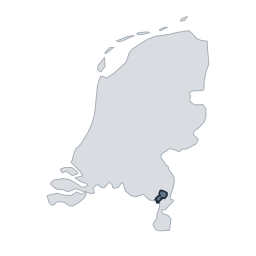 location of Leudal, Limburg, Netherlands, rotated 355°
{"feature_id": "6326949B97609854971564", "entity_name": "Leudal", "entity_type": "district", "adm_level": 2, "iso_a3": "NLD", "parent_name": "Netherlands", "parent_adm1": "Limburg", "projection": "mercator", "projection_center": [5.85, 51.234], "detail": "fine", "context": "in_parent", "style": "filled", "palette": "slate", "viewbox_px": 256, "rotation_deg": 355, "n_neighbors": 0, "source": "geoboundaries", "source_scale": "gbopen_adm2", "svg_char_len": 4972}
<svg xmlns="http://www.w3.org/2000/svg" viewBox="0 0 256 256"><g transform="rotate(355 128 128)"><path d="M160.4,233.5L155.8,233.4L151.6,233.2L149.3,232.9L146.9,231.8L145.8,229.6L144.5,226.9L144.8,225.2L148.8,220.6L149.4,219.3L149.0,218.6L149.4,216.5L152.5,209.5L152.9,206.7L151.5,204.8L149.5,203.6L143.1,201.5L140.0,198.6L138.6,196.0L137.1,195.3L135.0,196.1L129.7,197.1L125.3,195.7L120.2,190.9L119.0,186.5L118.4,183.2L117.1,182.0L115.4,183.7L113.2,186.4L108.9,186.8L107.6,186.1L107.4,184.6L107.2,183.2L106.0,181.4L104.7,180.4L99.2,185.4L97.2,185.4L94.6,183.5L93.4,181.6L90.5,182.7L88.0,185.0L88.9,189.4L87.5,190.2L84.4,189.8L80.9,188.0L77.0,186.9L71.0,183.9L62.7,186.3L56.9,183.4L52.1,183.1L49.2,180.8L45.9,176.8L48.2,174.2L50.4,173.3L59.2,172.8L65.6,174.4L77.1,183.0L80.0,182.9L83.0,181.8L81.5,179.5L78.6,178.4L74.3,176.1L70.9,172.9L78.9,171.8L77.8,170.1L76.8,167.3L68.3,157.3L69.8,154.6L71.9,148.7L74.5,143.9L76.6,142.6L80.1,139.2L87.6,129.1L92.4,120.8L96.0,111.0L101.2,83.8L102.8,79.1L105.3,74.0L108.5,74.9L110.7,76.4L118.4,72.5L131.8,62.4L135.7,53.5L139.6,49.4L155.0,41.4L163.5,39.0L176.6,38.4L186.0,37.0L197.4,36.4L201.7,41.4L204.2,45.0L208.2,47.0L214.5,48.4L214.1,55.6L214.2,69.6L213.7,72.1L210.9,78.0L207.9,88.6L207.1,95.5L206.2,96.9L194.3,96.8L192.6,98.0L192.4,99.5L193.0,101.3L192.7,103.1L191.8,104.5L192.3,106.8L194.3,109.4L198.1,111.0L202.1,111.1L204.2,110.9L205.7,112.7L207.2,115.6L207.1,119.2L206.5,124.0L204.6,128.4L199.1,133.5L196.7,135.3L194.4,136.2L193.2,137.6L192.7,139.3L192.8,140.8L196.8,144.9L196.7,145.8L195.5,148.0L194.0,150.0L183.9,154.1L179.8,153.8L177.4,155.9L176.7,156.2L174.0,154.4L168.2,152.2L165.9,152.9L164.7,154.1L161.0,155.6L158.4,157.8L158.4,160.8L163.0,168.3L164.7,169.8L164.8,172.6L167.0,176.2L169.4,180.6L169.6,183.4L169.3,186.2L168.1,190.3L164.1,199.7L164.0,201.5L164.4,202.8L165.8,203.2L166.8,203.9L166.5,205.2L158.9,211.7L157.9,212.8L154.7,212.5L154.3,213.6L154.7,215.3L155.9,216.8L158.6,217.6L161.0,219.3L162.8,222.5L160.4,233.5ZM80.9,188.0L80.2,190.7L78.5,193.7L72.5,198.0L66.3,200.8L63.1,200.5L60.9,199.0L59.7,197.5L56.4,196.0L51.8,195.2L49.0,196.8L47.0,198.4L45.2,198.1L43.9,196.8L42.8,194.8L41.5,188.6L44.9,187.5L52.3,187.0L58.0,189.2L65.5,190.3L71.2,187.3L75.7,189.8L80.9,188.0ZM68.4,162.4L72.8,166.4L73.8,167.7L74.1,169.0L68.5,170.6L62.6,165.7L58.7,166.9L57.2,164.6L57.2,163.2L61.2,161.9L68.4,162.4ZM110.6,64.3L106.1,69.6L103.4,68.1L102.6,66.9L104.0,62.8L110.6,55.9L110.6,64.3ZM130.3,40.6L126.2,41.2L124.2,40.2L134.4,37.2L140.8,36.3L141.9,36.7L130.3,40.6ZM157.5,35.1L148.6,36.3L145.6,35.4L145.1,34.5L147.5,34.0L155.1,33.9L157.4,34.6L157.5,35.1ZM120.6,46.5L112.3,52.0L111.5,51.1L116.9,46.3L120.6,46.5ZM193.7,25.8L189.5,26.0L190.7,24.0L194.6,22.5L196.7,22.5L193.7,25.8ZM175.7,31.2L169.4,33.8L167.8,33.2L168.2,32.5L173.7,30.9L175.7,31.2Z" fill="#d9dde1" stroke="#a8b0b8" stroke-width="1"/><path d="M161.1,196.7L161.1,196.4L161.2,196.2L161.0,195.8L159.7,194.9L159.0,194.4L158.6,194.2L156.5,193.3L156.6,193.7L155.4,193.1L155.2,193.0L154.4,193.4L154.2,194.1L153.9,194.8L153.7,195.3L153.5,195.5L153.4,195.7L153.4,195.8L153.2,196.0L153.3,196.3L153.5,196.6L153.5,196.8L153.7,197.1L153.7,197.3L153.8,197.4L154.1,197.5L154.2,197.8L154.1,198.0L154.0,198.3L153.9,198.2L153.7,198.1L153.4,198.2L153.4,198.3L153.0,198.4L152.8,198.4L152.7,198.4L152.3,198.4L152.2,198.4L152.2,198.5L151.8,198.7L151.6,198.7L151.4,198.7L151.2,198.8L151.2,199.0L150.9,199.7L150.9,199.9L150.8,200.0L150.7,200.0L150.5,200.3L150.4,200.3L150.1,200.3L149.9,200.2L149.7,200.2L149.5,200.4L149.5,200.5L149.4,200.7L149.4,200.8L149.5,200.9L149.6,201.0L149.5,201.3L149.3,201.8L149.2,201.8L149.3,201.9L149.3,202.0L149.2,202.1L149.4,202.2L149.6,202.4L149.7,202.5L150.0,202.5L150.6,202.9L150.6,203.1L150.5,203.3L150.8,203.4L150.7,203.5L150.4,203.6L150.3,204.0L150.4,203.9L150.5,203.9L150.5,204.0L150.5,203.9L150.6,204.0L150.8,204.2L150.7,204.2L150.7,204.3L150.6,204.6L150.7,204.9L150.8,204.8L151.0,204.8L151.0,204.7L151.3,204.5L151.4,204.4L151.4,204.5L151.4,204.4L151.5,204.5L151.5,204.4L151.8,204.3L151.8,204.2L152.0,204.1L152.2,204.3L152.3,204.4L152.3,204.2L152.5,204.0L152.6,203.9L152.7,203.7L152.8,203.7L152.8,203.8L152.9,203.7L153.5,203.1L153.7,202.9L153.8,203.0L154.0,203.2L153.9,203.0L153.9,202.9L154.0,202.8L154.0,202.7L154.3,202.5L155.0,202.0L154.9,202.0L154.8,201.9L154.7,201.7L154.8,201.6L154.9,201.4L155.0,201.3L155.0,201.2L154.9,201.2L155.0,201.0L155.1,200.9L155.2,200.7L155.4,200.5L155.4,200.4L155.5,200.4L155.8,200.4L155.9,200.2L156.3,200.4L156.5,200.5L156.6,200.8L156.4,200.9L156.5,201.0L156.8,200.8L157.0,200.9L157.0,201.0L157.3,201.1L157.5,201.1L157.8,201.1L158.0,201.1L158.3,201.1L158.5,201.3L159.0,200.9L159.1,200.7L159.3,200.5L159.4,200.4L159.5,200.3L159.6,200.1L159.7,199.8L159.8,199.7L160.0,199.5L160.0,199.4L160.4,199.3L160.5,199.2L160.8,198.9L160.9,198.7L161.0,198.5L161.0,198.3L161.0,198.0L161.1,197.8L161.1,197.7L160.9,197.3L160.9,197.2L160.9,196.9L161.0,196.8L161.0,196.7L161.1,196.7Z" fill="#64748b" stroke="#1e293b" stroke-width="1.5"/></g></svg>